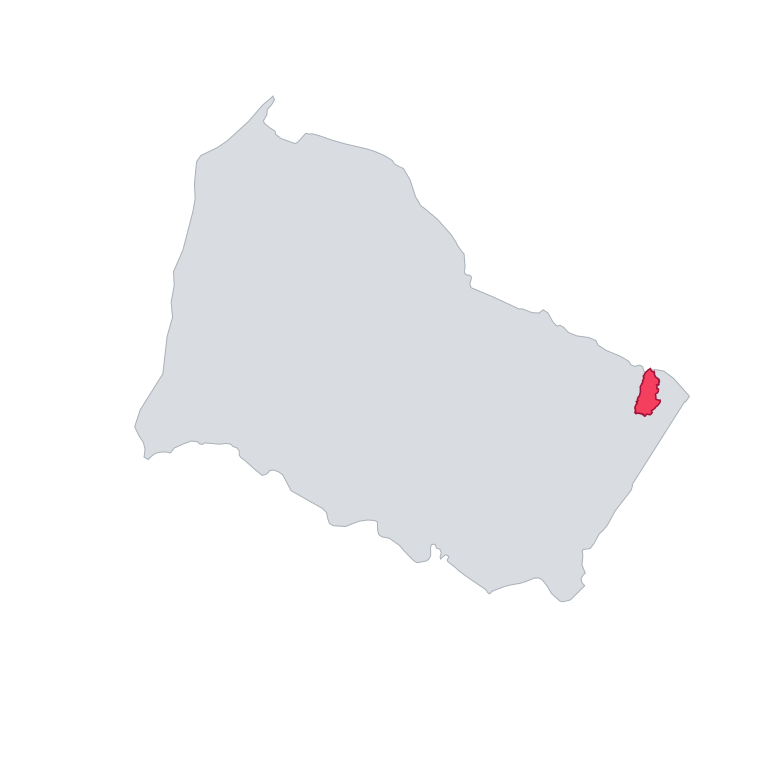 Jirapa, Upper West, Ghana (highlighted), rotated 123°
{"feature_id": "2480657B21686152565613", "entity_name": "Jirapa", "entity_type": "district", "adm_level": 2, "iso_a3": "GHA", "parent_name": "Ghana", "parent_adm1": "Upper West", "projection": "albers", "projection_center": [-2.598, 10.589], "detail": "fine", "context": "in_parent", "style": "filled", "palette": "rose", "viewbox_px": 768, "rotation_deg": 123, "n_neighbors": 0, "source": "geoboundaries", "source_scale": "gbopen_adm2", "svg_char_len": 7145}
<svg xmlns="http://www.w3.org/2000/svg" viewBox="0 0 768 768"><g transform="rotate(123 384 384)"><path d="M463.6,110.1L469.1,115.2L470.3,118.2L468.4,129.5L464.5,137.4L462.0,144.9L462.4,148.5L464.9,152.2L473.2,158.0L477.5,161.7L482.6,167.4L488.5,172.9L498.4,180.1L502.6,181.3L502.5,183.4L501.1,186.2L500.4,213.2L499.8,220.2L499.1,223.8L498.2,233.9L497.2,235.3L495.3,235.2L493.6,235.6L493.2,237.7L493.9,239.7L499.9,241.1L498.6,242.7L494.2,244.1L492.2,247.2L493.1,250.6L490.7,253.4L491.4,255.3L493.0,256.7L495.5,256.1L502.5,251.4L505.4,250.9L509.0,251.8L515.8,258.8L516.1,262.3L513.5,274.3L510.9,283.5L510.5,295.8L513.4,302.6L513.1,306.4L510.1,309.7L503.2,314.5L503.7,317.7L507.0,323.7L512.9,330.4L524.4,338.6L530.5,349.4L530.7,353.8L527.2,358.2L523.2,362.1L521.9,367.6L524.1,403.8L515.2,419.7L515.1,424.2L516.1,429.4L518.5,432.5L523.2,433.3L527.0,436.3L525.8,447.4L523.9,458.7L523.6,464.1L522.5,466.7L519.0,468.9L517.7,472.4L518.6,476.8L518.0,480.0L520.0,484.2L524.2,489.4L531.0,502.3L533.5,503.3L534.7,506.0L534.0,508.7L536.6,514.4L544.1,520.0L551.9,525.0L558.2,525.6L559.8,530.1L564.0,535.7L567.0,538.2L571.8,539.8L575.8,540.6L576.0,545.4L569.0,548.8L564.2,553.8L560.7,561.5L555.7,569.8L538.3,574.4L531.6,574.5L495.9,575.0L462.5,591.7L443.2,597.7L431.4,607.0L415.5,613.7L404.4,621.7L381.2,625.6L343.2,638.3L331.4,643.3L319.3,652.0L299.8,662.2L292.1,662.1L276.7,652.6L265.2,647.8L237.0,640.5L216.0,637.7L205.8,634.6L203.0,634.0L205.4,630.6L211.3,630.4L217.4,631.4L222.1,628.8L229.0,628.5L230.7,625.8L231.3,618.9L231.2,613.3L233.6,610.8L234.2,604.3L230.9,589.8L228.5,588.1L216.3,586.1L215.3,583.2L213.1,580.1L210.8,572.7L208.1,561.5L203.9,547.7L195.7,524.9L193.7,516.9L192.3,508.7L192.0,498.9L193.7,495.2L193.5,490.2L192.7,485.1L198.5,473.5L209.9,459.4L212.3,454.2L214.4,450.7L214.7,445.6L216.7,429.0L222.2,409.0L225.6,401.4L227.9,397.4L230.6,390.7L231.4,387.6L241.8,379.7L246.6,377.6L247.6,374.5L246.0,371.2L246.7,368.9L249.2,367.7L253.0,366.8L255.8,363.5L251.4,338.9L247.9,314.2L247.7,312.1L245.6,308.7L243.5,298.6L240.0,292.6L235.1,290.9L235.1,285.3L240.1,275.8L241.3,270.3L239.0,268.6L238.6,264.3L240.3,257.3L239.5,253.0L238.6,248.4L233.5,237.6L232.2,230.0L234.9,225.5L234.8,215.8L232.0,200.7L231.6,191.2L233.5,187.2L232.6,183.4L228.9,179.8L228.6,176.4L231.8,173.0L231.4,170.3L227.4,168.4L223.9,163.8L220.8,156.4L221.5,144.6L227.4,122.9L228.1,121.1L234.7,121.3L234.8,122.2L255.5,122.0L279.1,121.7L307.4,121.4L333.1,121.1L334.2,120.1L338.4,118.9L364.4,121.0L380.6,119.8L387.5,120.5L392.5,121.9L403.7,121.0L409.7,121.5L414.3,126.8L416.1,126.8L418.6,124.5L423.0,121.8L427.6,119.7L430.8,115.5L432.8,112.2L435.7,112.9L440.0,112.7L442.8,109.9L443.9,105.8L463.6,110.1Z" fill="#d9dde1" stroke="#a8b0b8" stroke-width="1"/><path d="M262.1,143.4L261.7,143.6L261.6,144.0L261.3,144.4L261.2,144.8L261.0,145.0L260.6,145.2L259.9,144.9L259.7,144.8L259.3,144.5L259.2,144.3L258.7,144.2L258.3,144.0L257.8,143.9L257.2,143.6L254.8,143.5L253.5,142.9L250.1,142.5L249.4,142.5L248.1,142.8L247.8,143.1L247.1,143.6L247.2,143.8L247.7,144.3L247.9,144.8L248.0,145.2L248.2,145.6L248.3,145.8L248.3,146.3L248.6,147.5L248.4,148.1L247.8,148.4L247.4,148.5L247.0,148.8L246.0,149.5L245.7,150.0L245.3,150.4L245.0,150.6L243.8,150.6L243.2,150.3L242.9,150.0L242.6,150.1L242.3,150.1L242.1,149.9L241.2,149.9L240.3,150.2L239.5,150.5L238.7,151.1L238.8,151.3L238.8,151.6L239.0,152.1L239.3,152.6L239.2,152.8L238.4,153.3L237.7,153.4L237.5,153.5L237.3,153.7L237.0,153.9L236.6,154.2L236.4,154.4L236.3,154.5L236.2,154.7L236.0,154.3L235.6,154.2L235.3,153.7L235.3,153.2L234.3,153.3L234.2,153.7L234.1,153.8L233.9,154.1L233.7,154.2L233.4,154.3L233.2,154.2L233.2,154.4L233.1,154.5L232.9,154.5L232.7,154.5L232.4,154.6L232.1,154.6L231.9,154.5L231.7,154.6L231.4,154.6L231.3,154.8L231.1,155.0L231.1,155.3L231.2,155.5L230.9,155.7L230.7,155.7L230.7,156.0L230.5,155.9L230.4,155.9L230.3,156.0L230.3,156.4L230.4,157.0L230.4,157.5L230.0,158.7L230.3,159.8L230.3,160.0L230.1,160.2L230.1,160.4L229.5,161.0L229.3,161.5L229.2,161.8L228.9,162.2L228.8,162.5L228.6,162.6L228.4,162.6L228.2,162.7L227.9,162.8L227.7,162.9L227.5,163.2L227.3,163.3L227.3,163.5L227.2,163.6L227.0,163.8L226.8,163.9L226.8,164.0L226.7,164.1L226.8,164.1L227.0,164.1L227.3,164.2L227.3,164.6L227.3,164.9L227.2,165.2L227.2,166.0L227.2,166.3L227.3,166.3L227.5,166.8L227.1,167.5L226.9,167.8L226.7,167.9L226.5,168.3L226.4,168.5L226.1,168.6L225.9,168.9L226.2,169.0L227.1,169.5L227.5,169.8L228.6,170.2L229.5,170.3L230.1,170.5L230.6,170.6L231.4,170.8L232.4,170.9L232.7,171.0L232.9,170.9L233.0,170.8L233.4,170.9L233.5,171.0L233.7,170.9L233.9,170.9L234.4,170.5L234.6,170.6L234.9,170.7L235.1,170.6L235.7,170.8L235.7,170.7L235.9,170.7L236.2,170.5L236.3,170.4L236.5,170.3L236.6,170.1L236.8,170.2L236.8,169.9L236.9,169.7L237.0,169.6L237.1,169.4L237.3,169.5L237.6,169.4L237.8,169.3L238.0,169.2L238.4,169.1L238.5,169.0L238.8,169.1L239.1,169.1L239.3,169.1L239.5,168.9L239.8,169.0L240.1,169.0L240.3,169.0L240.4,168.9L240.5,168.7L240.8,168.5L241.0,168.5L241.0,168.4L241.2,168.2L241.3,168.2L241.5,168.0L241.6,167.9L241.8,167.8L242.1,167.8L242.4,167.8L242.8,167.9L242.8,168.0L243.2,168.0L243.5,167.8L243.8,167.9L244.0,167.7L245.6,167.8L246.2,167.7L247.2,167.4L247.7,166.7L248.2,166.5L248.8,166.1L249.1,166.0L249.4,165.8L249.6,165.6L250.4,165.1L250.8,164.8L251.4,164.5L253.9,163.6L255.5,163.4L256.0,163.6L256.3,163.6L256.5,163.7L257.0,163.6L257.3,163.6L257.5,163.5L257.9,163.4L258.1,163.3L258.4,163.4L258.8,163.2L259.0,163.0L259.0,162.9L259.1,162.7L259.4,162.5L259.5,162.3L259.5,162.1L259.7,161.9L260.3,162.1L260.7,162.4L260.7,162.6L260.9,162.7L261.1,162.8L261.4,162.9L261.6,162.7L261.7,162.4L261.7,162.2L261.9,162.0L262.0,161.8L261.8,161.6L261.8,161.4L262.0,161.4L262.4,161.3L262.6,161.4L262.9,161.4L263.0,161.2L263.2,161.3L263.4,161.3L263.5,161.3L263.7,161.2L263.9,161.2L264.1,161.4L264.3,161.4L264.5,161.3L264.9,161.3L265.3,161.2L265.5,161.0L265.9,161.0L266.0,161.1L266.4,161.0L266.5,160.9L266.8,160.8L267.0,160.8L267.1,160.7L267.5,160.6L267.7,160.3L267.9,160.2L267.9,159.9L268.0,159.7L268.3,159.6L268.6,159.3L268.6,159.2L268.6,158.9L269.0,158.7L269.3,158.7L269.2,158.8L269.4,158.8L269.5,158.7L269.8,158.5L269.9,158.2L270.0,158.1L270.2,158.3L270.3,158.2L270.5,158.2L270.6,157.9L270.8,157.9L271.1,157.7L271.3,157.8L271.3,157.6L271.5,157.5L271.5,157.4L271.4,157.2L271.7,156.8L271.7,156.6L271.6,156.3L271.2,156.1L270.8,156.1L270.6,156.1L270.4,155.9L270.5,155.6L270.4,155.5L270.4,155.3L270.3,155.2L270.0,154.7L269.9,154.6L269.8,154.2L269.7,154.1L269.5,154.3L269.4,154.2L269.3,153.9L269.3,153.7L269.5,153.5L269.5,153.4L269.3,153.3L269.4,153.2L269.2,152.9L269.2,152.7L269.1,152.4L269.1,152.2L268.9,152.0L268.9,151.8L268.7,151.8L268.7,151.6L268.5,151.4L268.4,151.4L268.4,151.2L268.4,150.9L268.5,150.8L268.6,150.6L268.7,150.4L268.5,150.1L268.7,149.8L268.5,149.7L268.4,149.6L268.5,149.6L268.8,149.5L268.8,149.4L268.8,149.2L268.9,148.9L269.0,148.8L269.0,148.7L269.1,148.4L269.1,148.2L268.9,147.8L268.8,147.6L268.2,147.3L267.5,147.4L267.3,147.4L265.9,147.0L265.6,146.5L265.6,146.0L265.5,145.4L265.3,144.9L264.9,144.5L264.9,144.4L264.8,144.0L264.6,143.8L264.0,143.7L263.3,143.7L262.8,143.6L262.6,143.6L262.1,143.4Z" fill="#f43f5e" stroke="#9f1239" stroke-width="1.5"/></g></svg>